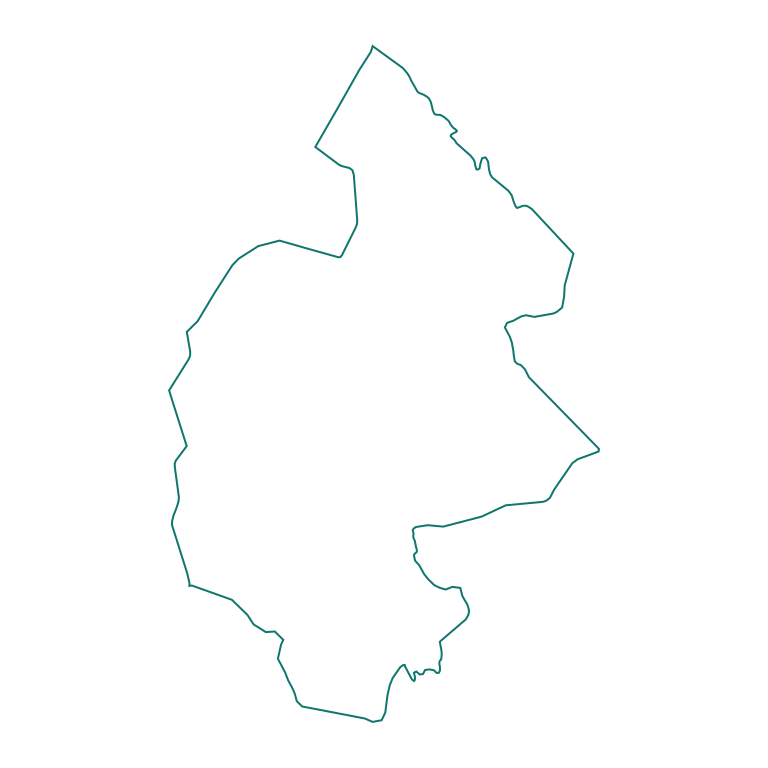 Jämtland, orthographic projection
{"feature_id": "SWE-189", "entity_name": "Jämtland", "entity_type": "County", "adm_level": 1, "iso_a3": "SWE", "parent_name": "Sweden", "parent_adm1": "", "projection": "orthographic", "projection_center": [14.766, 63.349], "detail": "fine", "context": "isolated", "style": "outline", "palette": "teal", "viewbox_px": 768, "rotation_deg": 0, "n_neighbors": 0, "source": "natural_earth", "source_scale": "10m", "svg_char_len": 2822}
<svg xmlns="http://www.w3.org/2000/svg" viewBox="0 0 768 768"><path d="M372.6,46.3L372.7,46.1L373.3,46.6L402.9,68.1L407.3,73.3L408.8,75.6L410.1,78.0L411.0,80.2L417.3,91.3L418.2,92.3L419.7,93.2L423.8,94.8L426.9,96.7L428.4,97.9L430.1,100.4L431.2,103.3L432.8,110.3L434.0,113.1L434.8,114.2L435.7,114.6L440.5,115.0L443.7,116.8L447.2,119.6L448.7,121.1L449.7,122.7L450.4,124.3L453.1,127.7L455.1,129.0L456.7,130.5L456.9,131.1L456.3,131.8L451.3,134.5L450.6,136.0L451.8,137.6L453.7,139.2L455.1,140.8L456.6,143.3L470.5,155.6L472.7,158.3L473.9,160.1L474.3,161.0L474.7,162.0L475.2,165.3L476.2,168.8L476.8,169.5L477.5,169.6L479.5,168.6L480.5,163.3L481.1,161.2L482.2,158.1L485.5,157.4L487.1,159.7L488.1,161.9L489.0,169.4L490.0,173.6L491.9,177.2L508.5,190.9L511.7,195.3L514.0,202.7L515.8,206.7L517.1,208.0L523.0,205.8L526.1,205.7L528.5,206.8L531.9,209.1L573.4,253.6L564.7,285.5L564.1,296.7L562.1,307.6L556.8,311.9L553.4,313.5L534.4,316.9L525.9,315.2L521.0,316.5L513.2,320.8L507.0,322.9L504.9,327.5L509.8,336.7L511.8,342.4L513.4,351.3L513.8,355.6L514.8,361.4L517.3,363.8L520.7,365.0L524.9,369.2L528.9,377.2L598.9,448.8L598.6,451.5L577.8,459.2L572.3,463.2L554.1,489.7L550.0,497.7L546.8,500.4L543.2,501.8L505.8,505.3L481.6,516.6L443.3,526.6L427.6,525.2L415.9,527.0L413.6,528.6L412.7,530.2L413.1,531.5L413.4,532.6L413.5,533.8L413.4,535.0L413.3,536.0L413.3,537.0L413.4,537.8L414.4,539.9L414.9,541.3L415.9,546.5L416.8,549.8L416.9,551.1L416.4,552.4L414.8,553.6L413.9,555.1L415.1,560.7L419.1,565.1L424.4,574.5L428.4,579.4L434.2,585.1L439.7,587.8L445.6,589.5L452.4,586.9L460.3,587.9L462.3,595.8L464.8,600.4L466.8,603.4L468.1,606.8L469.1,611.1L468.3,615.0L465.8,619.4L440.6,641.0L439.8,641.9L441.3,649.6L441.7,653.0L441.6,656.2L441.1,659.5L439.8,660.9L439.4,662.3L439.4,664.0L439.9,666.8L440.0,670.4L438.8,672.9L436.5,672.9L433.9,670.2L429.2,669.4L425.1,670.0L423.0,674.0L419.8,674.5L416.3,671.5L414.0,672.7L415.1,677.8L414.7,680.2L414.1,681.0L412.8,680.2L411.6,678.9L405.2,666.7L404.7,664.9L402.9,665.2L400.2,667.2L392.7,678.0L389.8,685.1L387.5,695.1L385.3,712.5L381.7,720.2L372.6,721.9L364.8,718.5L302.2,706.5L296.8,701.2L294.9,694.1L292.4,688.2L288.2,680.4L285.0,672.2L277.9,658.7L281.1,644.5L283.3,639.9L274.8,631.5L265.9,632.1L253.7,624.5L247.4,614.9L231.9,599.8L191.8,585.5L189.4,585.9L189.5,583.2L187.3,573.7L186.8,572.0L172.0,525.0L172.1,521.2L173.4,515.9L176.9,506.8L178.5,501.5L178.9,497.1L174.9,467.7L174.7,463.7L175.8,460.6L186.7,446.1L174.2,406.7L169.1,390.4L188.6,359.4L190.1,355.7L190.2,351.5L186.8,331.9L197.7,321.1L214.8,292.5L232.5,265.0L238.9,258.5L258.3,246.1L279.5,240.6L308.8,249.0L338.2,257.2L340.3,257.2L341.9,255.3L356.0,226.9L357.1,223.4L357.2,219.9L353.8,174.8L352.4,170.2L349.4,168.0L343.0,166.4L339.5,165.1L315.3,147.0L337.6,108.3L359.5,69.6L370.8,52.0L372.6,46.3Z" fill="none" stroke="#0f766e" stroke-width="2"/></svg>